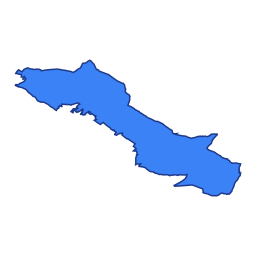 outline of Grozesti, Mehedinti, Romania
{"feature_id": "2599482B51368795082410", "entity_name": "Grozesti", "entity_type": "district", "adm_level": 2, "iso_a3": "ROU", "parent_name": "Romania", "parent_adm1": "Mehedinti", "projection": "equal_earth", "projection_center": [23.327, 44.633], "detail": "fine", "context": "isolated", "style": "filled", "palette": "blue", "viewbox_px": 256, "rotation_deg": 0, "n_neighbors": 0, "source": "geoboundaries", "source_scale": "gbopen_adm2", "svg_char_len": 5753}
<svg xmlns="http://www.w3.org/2000/svg" viewBox="0 0 256 256"><path d="M155.5,121.4L155.3,121.2L151.2,119.1L147.6,117.6L146.6,116.9L146.2,116.3L144.4,115.4L141.7,113.5L139.9,112.6L138.8,111.3L137.9,111.1L136.8,110.4L135.4,109.8L134.0,108.5L132.5,107.6L131.6,106.9L127.9,105.4L129.4,101.0L129.7,99.7L129.7,97.2L130.0,96.4L129.9,96.1L129.7,95.9L129.1,94.9L125.7,92.6L125.4,91.5L125.3,90.5L125.7,89.2L125.1,87.8L124.7,86.2L124.6,85.1L124.2,84.5L123.6,84.0L123.2,83.3L122.6,83.4L117.3,80.9L109.1,75.1L109.0,74.8L99.1,71.1L98.7,70.2L97.4,69.5L97.0,69.7L96.3,69.2L94.0,64.3L93.1,63.5L92.3,62.4L90.9,61.0L89.8,60.3L87.6,61.5L86.8,62.4L85.1,63.2L83.0,63.2L82.7,63.3L82.4,63.8L82.0,65.0L80.3,68.1L79.1,68.5L76.9,70.0L75.4,71.2L73.3,72.4L72.7,72.3L70.9,71.5L66.2,70.6L65.1,70.3L62.1,70.0L60.8,69.6L58.7,69.3L57.2,69.1L51.0,69.5L46.2,70.0L45.9,70.2L44.5,70.2L43.0,70.6L41.1,70.7L41.0,70.1L39.0,69.2L38.5,69.4L36.6,69.1L35.3,69.4L33.3,69.4L32.2,69.0L31.0,69.0L30.2,68.9L28.5,68.1L27.1,68.0L24.0,69.4L23.6,69.9L23.5,70.2L23.1,70.5L22.5,71.4L22.1,71.8L18.5,69.8L16.7,71.9L17.0,71.9L15.9,73.5L17.0,73.6L18.9,74.2L19.3,74.1L20.3,74.4L21.2,74.3L21.5,74.5L21.2,77.0L22.8,77.1L23.3,77.3L23.0,79.2L23.7,79.0L24.2,77.2L24.4,77.3L24.5,76.9L24.7,77.2L25.9,78.6L24.6,80.5L24.5,81.1L23.3,81.8L22.6,82.4L20.1,83.3L19.5,83.6L19.0,84.4L18.4,84.7L15.8,84.6L15.4,85.4L18.5,86.9L20.0,87.1L22.2,87.6L24.2,88.7L25.5,89.1L26.4,89.8L27.0,90.7L27.5,91.0L27.8,91.7L28.3,92.4L31.2,94.4L31.3,94.7L32.1,95.2L32.5,95.9L33.0,96.3L33.3,96.5L34.0,96.4L35.7,97.6L37.2,100.3L38.1,101.1L41.0,102.2L43.0,102.1L44.6,102.5L46.7,103.8L47.4,104.0L48.3,104.5L49.6,105.8L51.1,106.9L53.1,107.9L55.4,109.9L56.4,110.4L57.2,108.9L57.5,108.9L57.9,108.5L58.7,108.1L58.9,107.5L58.5,107.4L58.9,106.9L58.7,106.8L59.3,105.9L59.7,106.0L60.1,105.6L60.4,105.7L61.0,106.4L61.6,106.6L62.0,106.3L61.9,106.1L61.4,106.0L61.4,105.8L61.6,105.4L61.6,105.1L62.1,103.9L63.0,104.3L70.6,104.7L71.0,105.1L71.9,104.7L74.5,103.8L76.3,103.3L78.4,103.0L79.7,104.1L78.7,104.7L77.6,105.7L77.0,106.3L76.6,107.1L77.5,107.5L77.6,107.9L77.9,108.3L77.4,108.7L76.8,108.7L76.6,108.3L76.4,108.4L76.3,109.2L75.1,108.6L74.5,108.9L74.2,108.7L73.7,108.7L73.0,109.2L71.0,111.6L72.5,112.3L72.9,112.7L73.2,112.3L72.5,111.9L72.6,111.7L73.0,111.7L73.0,111.4L73.1,111.2L74.3,110.2L75.4,110.9L75.4,111.2L77.0,112.1L76.8,112.3L77.0,112.4L77.9,111.7L78.3,111.9L80.6,110.6L82.7,109.1L83.2,109.9L82.8,110.2L82.3,111.0L82.4,111.3L81.7,112.1L81.7,112.4L82.3,112.3L82.3,112.5L82.1,112.9L81.7,113.3L80.8,113.6L80.6,114.1L80.8,114.4L82.2,114.3L83.2,114.7L83.2,115.0L84.7,114.8L84.6,114.5L85.0,114.5L85.9,113.8L85.9,113.2L87.3,112.5L88.7,111.4L89.1,111.4L89.6,111.6L90.2,112.2L88.7,113.0L89.8,114.1L90.3,114.3L91.0,114.3L91.4,113.6L91.9,113.7L92.7,114.2L94.9,116.0L95.2,115.7L95.9,116.1L95.2,117.0L95.6,117.8L95.4,118.5L95.6,118.9L96.4,119.5L94.8,120.0L94.2,120.3L100.3,124.5L103.1,122.4L107.2,125.8L110.5,128.2L110.8,129.0L113.0,130.4L113.9,129.9L114.2,130.1L114.3,131.1L116.1,132.0L115.9,132.8L114.7,134.2L114.8,134.6L116.5,135.2L119.1,133.5L119.4,133.7L120.3,133.6L121.0,133.4L122.0,132.8L122.5,133.3L121.8,133.8L122.2,134.0L122.3,134.4L122.1,135.0L125.6,137.9L127.0,138.6L127.1,138.9L127.7,138.8L135.2,143.8L133.9,145.4L133.4,146.3L136.2,148.7L135.2,149.3L133.4,150.9L134.6,151.1L136.5,151.0L136.5,151.4L137.1,153.2L137.1,153.9L136.7,154.5L137.5,154.7L136.5,155.8L135.8,157.9L135.8,162.3L135.6,164.7L137.0,164.0L140.8,163.9L140.2,164.6L139.4,165.3L138.9,165.9L139.0,166.4L140.9,166.6L142.0,166.9L142.6,166.9L144.7,167.4L145.5,167.9L146.0,168.5L148.9,170.7L150.5,171.6L153.3,171.9L153.6,172.3L154.5,172.5L154.6,172.8L155.2,173.0L155.4,173.3L157.2,173.5L159.1,174.5L161.0,174.4L163.4,174.9L164.1,174.6L164.9,174.9L167.3,174.7L168.3,175.0L169.7,175.7L171.0,175.2L172.2,175.0L172.9,175.2L174.8,174.8L175.4,174.8L178.1,175.4L178.7,174.8L185.4,175.0L186.9,174.5L186.7,175.9L186.4,176.7L185.8,177.6L185.5,178.4L185.0,178.9L181.7,181.4L181.0,181.6L180.2,182.2L179.8,182.7L179.3,182.7L175.7,184.7L174.7,185.2L173.5,185.4L174.5,185.5L174.5,185.9L174.6,186.2L179.0,186.0L191.9,185.0L192.7,185.1L202.5,188.8L203.3,191.5L202.9,192.2L203.7,193.0L208.1,194.0L208.6,194.4L212.0,195.7L216.9,195.7L218.4,195.2L220.3,193.7L221.5,193.2L222.8,193.2L223.7,193.7L224.6,193.7L226.0,193.9L226.7,194.3L228.0,194.1L228.5,193.8L229.2,194.1L230.9,192.5L231.3,191.5L231.8,191.3L231.8,190.8L232.5,189.1L233.6,186.9L234.7,183.3L236.2,180.9L237.1,180.3L237.5,179.7L238.5,178.0L238.8,176.9L240.1,175.7L240.6,173.0L239.8,173.2L239.2,172.9L239.5,171.7L239.0,171.8L239.3,168.9L239.0,167.9L239.1,167.4L239.6,166.7L240.2,165.3L240.6,163.9L240.1,163.7L238.3,163.6L236.6,163.0L234.7,163.0L233.5,163.3L232.8,163.2L230.7,162.4L230.1,161.9L229.4,160.6L226.2,158.9L226.4,158.8L224.6,158.5L223.6,158.0L222.4,157.7L221.9,157.4L220.4,155.8L218.7,155.1L217.6,154.3L216.8,153.9L215.8,153.1L214.4,152.1L209.4,150.3L206.9,148.6L207.4,147.4L207.7,147.1L207.7,146.8L210.4,144.2L211.0,143.7L211.4,143.3L211.7,141.9L212.4,140.6L212.3,140.3L212.6,139.6L213.2,139.2L214.6,137.4L214.9,137.2L215.9,136.1L216.2,135.6L217.0,135.0L217.3,134.5L217.2,134.1L214.6,134.1L213.3,134.0L212.5,134.2L211.7,134.1L211.1,134.3L211.0,134.7L210.8,134.9L209.9,135.2L209.1,135.9L207.9,136.5L206.7,136.6L205.0,136.1L203.5,136.4L202.3,136.1L201.6,136.6L200.3,136.1L199.6,136.4L199.1,136.3L198.7,136.5L198.3,136.4L197.7,136.6L196.9,136.7L195.4,137.4L194.2,137.7L193.1,137.8L191.4,138.4L190.0,137.8L187.3,137.1L186.9,136.7L185.9,136.2L181.9,135.8L175.8,134.5L176.9,133.6L174.0,133.8L172.8,133.3L172.6,132.5L172.4,132.0L172.2,130.7L171.7,130.3L170.9,129.7L169.2,128.9L167.9,127.8L165.3,126.1L163.5,124.5L162.9,124.2L162.5,123.6L161.1,123.2L160.4,122.6L159.7,122.4L157.7,121.4L155.5,121.4Z" fill="#3b82f6" stroke="#1e3a8a" stroke-width="1.5"/></svg>